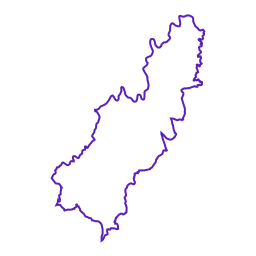 Olintla, Puebla, Mexico (Robinson projection)
{"feature_id": "50627088B53016454069278", "entity_name": "Olintla", "entity_type": "district", "adm_level": 2, "iso_a3": "MEX", "parent_name": "Mexico", "parent_adm1": "Puebla", "projection": "robinson", "projection_center": [-97.671, 20.114], "detail": "fine", "context": "isolated", "style": "outline", "palette": "violet", "viewbox_px": 256, "rotation_deg": 0, "n_neighbors": 0, "source": "geoboundaries", "source_scale": "gbopen_adm2", "svg_char_len": 5764}
<svg xmlns="http://www.w3.org/2000/svg" viewBox="0 0 256 256"><path d="M204.0,33.4L203.5,33.1L203.6,32.7L204.3,31.3L203.0,29.7L200.6,30.5L199.2,30.1L198.2,28.7L195.1,25.8L193.3,21.6L193.1,18.5L192.9,17.7L192.3,17.0L189.9,15.7L188.4,15.4L186.5,15.6L184.8,16.4L183.0,16.7L181.9,16.5L180.7,15.9L180.0,15.9L179.3,16.3L179.2,17.1L180.3,23.3L179.8,26.0L179.1,26.3L177.8,26.3L175.2,25.3L172.9,23.3L171.7,23.5L171.3,23.9L170.3,25.6L170.0,30.7L168.6,34.0L168.5,34.8L168.9,35.9L169.9,37.0L170.0,38.1L169.6,39.1L166.7,41.9L165.1,42.4L163.8,42.4L162.5,43.5L161.6,44.4L161.1,46.3L160.5,46.6L159.9,47.4L158.3,47.6L157.8,47.4L156.9,46.7L155.5,45.1L155.1,43.7L154.6,41.0L153.9,39.6L153.3,39.2L152.4,38.9L151.0,39.2L150.5,40.0L150.2,41.1L150.2,43.9L151.4,47.5L152.5,49.8L152.9,51.1L152.7,52.6L151.7,54.9L150.8,55.9L146.4,57.8L146.0,59.3L146.3,61.0L147.1,62.4L147.6,62.8L147.5,63.9L146.6,65.3L143.8,67.6L143.2,68.6L143.5,70.0L147.5,77.0L147.3,78.0L147.6,80.4L148.4,83.6L148.6,85.8L147.9,89.0L144.8,91.2L144.5,92.3L144.5,96.1L144.2,98.7L143.9,99.3L143.4,99.6L142.7,99.5L141.5,98.7L141.0,96.6L140.4,95.3L139.2,94.6L138.5,94.6L138.0,94.8L137.5,95.7L137.2,98.9L136.3,101.1L135.7,101.6L134.1,101.6L132.8,100.7L132.3,99.7L131.0,98.3L130.2,97.8L128.0,97.5L126.0,95.5L125.3,94.4L125.0,92.4L123.6,88.2L122.9,87.4L121.7,87.0L121.2,87.8L121.4,91.1L120.1,94.1L118.7,95.9L118.5,96.9L118.7,98.8L118.3,99.6L117.4,100.5L116.9,100.5L116.0,100.2L115.0,99.2L114.1,97.3L112.9,95.7L112.7,95.5L112.0,95.7L111.0,96.3L108.7,100.5L106.5,103.3L104.6,104.7L100.6,106.5L98.6,109.0L97.4,109.6L95.0,109.8L95.0,110.6L95.3,111.3L96.5,111.6L97.3,112.4L99.2,115.5L99.6,117.4L98.2,122.1L96.7,123.6L96.3,124.3L96.1,127.2L95.7,128.5L94.5,130.3L94.3,131.9L93.5,133.5L92.3,135.1L92.1,136.3L94.3,139.1L94.6,139.7L94.1,140.2L93.0,140.7L92.1,141.6L89.1,145.3L87.7,147.7L87.1,147.9L86.0,146.5L85.3,146.4L85.0,146.8L85.2,148.3L85.0,149.6L82.6,150.3L82.1,152.1L82.2,153.3L82.1,153.7L80.4,154.7L79.5,156.0L79.1,157.5L78.4,158.0L77.5,157.9L75.0,156.2L74.1,156.1L73.2,156.4L72.9,157.3L72.9,158.4L73.8,160.6L73.8,161.4L71.8,161.1L71.0,161.2L70.3,162.0L69.7,164.1L68.3,165.1L67.2,165.1L63.1,162.5L62.6,162.6L62.0,163.1L61.2,164.9L60.8,165.4L60.4,165.7L59.6,165.8L59.0,167.0L58.4,167.4L57.0,167.3L56.4,168.7L56.4,169.3L55.5,170.0L55.1,170.7L55.7,171.9L55.6,172.9L55.1,173.7L54.1,174.1L53.3,174.9L51.7,178.2L55.7,183.4L58.9,183.8L60.3,185.3L61.7,187.7L61.0,188.0L61.2,189.0L60.7,191.3L60.6,194.4L59.4,195.1L59.1,195.5L59.4,197.6L60.0,199.1L59.7,201.4L59.5,201.5L59.0,201.1L58.2,199.9L57.6,202.9L56.4,205.1L57.8,204.7L60.4,205.1L62.0,207.4L64.1,208.9L64.3,209.4L64.2,210.1L64.6,210.5L67.7,209.6L70.0,209.7L72.4,209.4L73.0,209.1L73.2,208.8L74.0,208.9L74.4,208.7L74.4,208.1L74.7,207.8L76.1,207.0L76.4,206.6L76.5,205.8L76.2,204.8L76.5,204.5L76.9,204.5L77.0,205.2L77.8,206.4L78.7,206.5L78.9,207.4L79.9,208.8L80.3,210.7L84.0,214.0L85.4,216.4L87.9,217.2L89.1,218.0L90.8,218.2L91.5,218.9L92.0,220.4L93.4,220.5L95.4,221.2L98.1,221.3L99.2,221.8L101.0,223.6L101.6,224.6L102.6,229.1L102.6,233.9L101.6,236.7L101.6,240.6L103.0,239.5L103.0,238.6L103.8,238.1L104.5,236.1L105.0,235.7L105.1,235.3L107.5,234.3L107.5,232.7L107.0,231.6L107.3,230.4L107.2,229.5L108.1,229.2L110.1,229.6L110.4,228.8L111.1,228.2L112.1,228.4L114.3,228.3L116.5,229.1L117.7,229.1L118.2,228.8L117.9,227.5L118.1,226.8L117.4,224.3L116.8,223.7L115.2,223.7L115.2,222.7L114.5,222.1L114.5,221.6L114.8,220.9L115.4,220.7L115.5,219.1L116.2,218.4L116.1,217.5L116.7,217.2L119.1,214.6L121.1,213.6L122.1,213.7L123.2,214.5L125.2,213.5L125.4,212.8L126.2,212.6L126.6,211.9L126.4,211.2L126.6,209.5L126.6,207.2L126.4,206.5L126.1,206.3L126.0,205.2L125.5,204.3L125.2,202.9L125.8,201.7L125.6,200.4L124.6,197.6L126.1,195.4L125.3,191.0L125.5,189.2L126.9,187.7L127.3,185.9L128.5,184.5L130.5,183.4L131.3,183.3L132.6,184.0L134.1,184.2L134.8,183.3L134.9,182.8L134.7,181.6L133.9,179.7L133.7,178.4L134.3,177.5L134.1,176.8L134.6,175.9L134.8,175.1L134.5,174.1L134.7,173.6L136.5,173.1L137.8,173.2L137.7,171.9L139.0,171.7L139.2,170.4L144.2,170.4L149.8,169.2L149.8,168.9L150.4,168.3L151.7,167.7L155.7,162.0L156.3,159.3L157.2,158.7L157.3,157.8L158.9,155.9L160.6,155.2L162.5,153.6L163.4,150.7L163.9,150.3L164.6,150.3L165.4,150.7L166.3,150.7L166.8,150.4L165.8,148.2L164.6,144.0L162.6,138.5L162.4,136.8L161.5,134.6L161.4,133.0L163.6,135.0L166.5,138.3L169.5,139.6L170.8,139.6L172.1,139.1L173.5,138.2L175.0,136.6L176.2,134.1L175.2,132.8L174.7,132.7L174.7,132.0L173.7,129.7L173.0,125.1L172.5,124.6L172.0,121.5L171.0,118.5L173.4,118.6L177.0,120.2L178.2,120.0L178.7,119.6L180.5,119.5L181.4,119.6L181.9,120.1L182.2,119.7L183.2,119.5L183.0,118.1L184.8,114.2L184.9,108.7L181.7,98.4L183.3,94.8L183.4,93.4L183.2,92.7L181.7,91.3L181.4,90.4L181.6,89.8L183.5,88.6L184.6,88.3L185.3,88.6L187.8,88.1L188.6,88.3L194.6,86.2L195.4,86.6L197.0,86.9L197.5,86.6L197.6,85.2L198.9,84.9L199.8,85.2L201.2,85.1L202.0,84.3L202.0,82.5L201.8,82.0L201.4,82.0L200.7,82.4L200.2,82.3L200.2,81.2L199.1,80.8L198.6,79.5L198.3,79.3L198.0,79.3L197.7,79.9L196.8,80.4L195.7,79.9L195.3,79.9L194.6,80.5L194.2,80.6L193.9,80.6L193.6,80.2L194.7,78.1L196.0,77.0L195.9,76.2L195.5,75.5L195.7,74.7L196.3,73.7L196.5,72.7L197.5,72.6L198.1,72.2L197.2,69.2L196.5,67.9L197.1,66.3L196.7,64.9L197.0,64.6L197.8,64.6L198.6,65.3L199.1,66.3L199.6,66.4L200.0,65.5L200.1,64.6L201.6,63.7L200.2,61.9L200.2,59.7L201.0,58.2L200.7,56.4L199.9,56.3L198.5,57.0L198.0,56.8L197.8,55.9L198.0,55.2L200.9,52.5L200.9,51.4L199.6,50.3L199.0,47.4L199.5,46.6L201.1,46.4L201.7,46.0L201.8,44.9L200.6,44.1L200.9,43.5L201.7,43.7L202.0,43.5L202.0,43.2L201.2,41.7L200.0,41.0L199.7,40.0L198.8,40.0L198.6,39.7L198.8,39.2L199.3,38.9L199.8,38.9L201.5,39.6L202.4,39.3L203.0,38.8L203.1,38.4L202.7,37.5L202.6,36.4L202.9,35.6L203.5,35.3L204.0,34.6L204.0,33.4Z" fill="none" stroke="#5b21b6" stroke-width="2"/></svg>